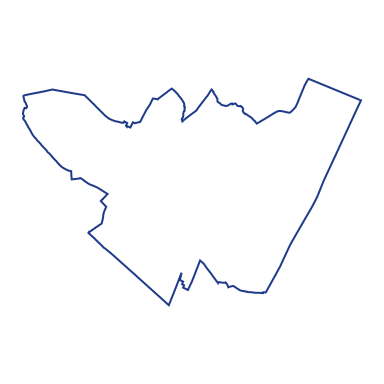 outline of San José Chiapa, Puebla, Mexico
{"feature_id": "50627088B16531024966983", "entity_name": "San José Chiapa", "entity_type": "district", "adm_level": 2, "iso_a3": "MEX", "parent_name": "Mexico", "parent_adm1": "Puebla", "projection": "robinson", "projection_center": [-97.747, 19.248], "detail": "fine", "context": "isolated", "style": "outline", "palette": "blue", "viewbox_px": 384, "rotation_deg": 0, "n_neighbors": 0, "source": "geoboundaries", "source_scale": "gbopen_adm2", "svg_char_len": 5656}
<svg xmlns="http://www.w3.org/2000/svg" viewBox="0 0 384 384"><path d="M88.4,232.9L88.8,233.3L90.0,234.4L92.7,236.8L94.8,238.7L95.4,239.5L97.8,241.7L98.2,242.2L99.6,243.4L102.1,246.0L103.9,247.8L104.0,247.8L105.4,248.7L106.2,249.4L107.4,250.4L108.7,251.5L109.8,252.3L116.3,258.0L119.7,261.1L133.2,273.1L136.2,275.8L139.7,279.0L164.2,301.0L168.8,305.2L169.0,304.8L171.3,299.0L173.3,294.0L175.6,288.2L177.8,282.5L181.2,273.6L181.4,273.7L181.0,274.6L181.1,275.1L181.1,275.6L181.0,275.8L180.5,277.2L180.2,278.0L180.3,280.3L183.1,281.6L182.6,282.9L182.0,284.2L184.1,285.3L183.6,286.5L183.1,287.6L185.6,288.8L187.9,290.0L188.3,289.0L188.6,288.4L189.2,287.3L189.7,286.2L190.1,285.2L191.0,283.5L191.6,282.2L191.9,281.6L192.6,279.7L193.1,278.5L193.7,277.0L194.1,276.0L194.8,274.2L195.4,272.6L197.2,267.9L198.0,266.0L198.7,264.0L199.0,263.2L200.1,260.5L202.5,262.6L204.0,264.0L204.6,265.0L206.0,267.0L207.2,268.7L208.3,270.0L209.4,271.4L212.0,274.9L213.8,277.5L214.0,277.7L218.1,283.2L218.7,282.1L218.8,282.1L222.4,282.7L223.3,282.7L225.1,282.8L225.6,282.4L227.3,284.6L227.5,285.1L228.3,287.3L229.5,286.8L232.8,286.0L233.7,286.2L234.3,286.5L236.6,288.2L238.0,288.9L239.2,289.9L239.8,290.2L240.8,290.5L241.6,290.8L242.1,290.9L244.6,291.3L245.0,291.2L245.3,291.3L245.6,291.5L245.9,291.5L246.5,291.8L246.8,291.8L247.2,291.8L247.6,291.9L247.7,292.0L247.9,292.1L248.0,292.1L248.5,292.1L249.4,292.2L250.4,292.2L251.3,292.2L251.9,292.3L253.3,292.5L253.8,292.7L256.1,292.8L259.5,292.8L262.1,293.1L262.7,293.1L262.6,292.8L262.8,292.3L265.8,292.4L275.8,274.4L278.4,269.6L280.2,266.4L281.6,263.2L290.1,244.9L296.6,233.5L301.4,225.2L305.6,217.9L308.3,213.3L310.0,210.4L312.5,206.0L317.1,197.1L323.8,180.5L338.4,149.1L338.8,148.2L357.7,107.3L361.0,100.4L319.0,83.1L311.2,79.9L308.7,78.9L308.4,78.8L307.5,80.3L306.5,82.0L305.0,84.6L298.7,99.8L297.3,103.4L296.7,104.5L296.0,106.2L295.1,107.6L293.8,109.0L291.7,111.1L290.4,112.3L290.0,112.6L289.7,112.7L289.3,112.7L288.8,112.7L288.1,112.5L286.5,112.2L285.3,111.9L283.6,111.5L281.3,111.1L280.0,111.0L279.3,111.0L278.6,111.1L277.7,111.3L277.1,111.5L276.5,111.8L275.5,112.4L273.8,113.3L267.9,117.0L264.4,119.1L259.2,122.2L256.8,123.6L254.8,121.0L254.6,121.1L253.4,119.8L252.5,118.8L251.7,117.9L245.6,113.8L245.4,114.1L245.1,114.0L244.9,113.6L244.3,113.3L243.7,112.8L243.5,112.4L242.9,111.2L242.7,110.9L242.7,110.6L243.2,109.6L243.2,109.0L242.9,108.3L242.5,107.7L242.1,107.2L241.9,106.9L241.3,106.8L241.2,106.7L240.8,106.1L240.5,105.9L240.2,106.0L239.8,106.2L239.3,106.2L239.0,106.1L238.7,106.0L238.0,106.0L237.5,105.8L237.0,105.4L236.7,104.9L235.9,103.9L235.1,103.4L234.4,103.6L233.5,104.1L232.4,104.4L232.2,103.9L232.1,103.5L231.8,103.5L230.2,104.0L228.9,105.0L227.7,105.6L226.1,106.0L223.4,105.4L222.8,105.2L222.3,105.1L221.6,104.9L220.9,104.3L220.4,103.7L219.5,102.9L218.5,102.5L217.8,102.0L217.4,101.0L217.4,99.9L217.4,98.9L217.2,98.4L216.7,98.0L216.6,97.3L213.2,92.2L213.5,91.8L212.7,90.8L211.6,89.5L210.6,90.8L209.8,92.1L207.6,95.7L206.8,96.6L205.9,97.7L198.4,107.5L196.4,110.5L194.0,112.3L192.7,113.2L189.6,115.5L184.4,119.6L183.2,120.6L182.4,121.4L181.7,119.2L182.1,118.5L182.5,118.0L182.7,117.6L183.0,117.1L183.2,116.5L183.3,115.6L183.3,113.1L183.4,112.8L183.6,112.5L183.7,112.1L183.7,111.8L183.8,111.3L184.4,111.1L184.6,110.9L184.7,110.5L184.7,109.9L184.6,109.3L184.5,108.3L184.7,107.7L184.9,107.4L184.9,106.9L184.7,106.7L184.4,106.6L184.2,106.4L184.1,105.9L184.2,105.2L184.3,104.6L184.3,104.1L184.0,103.3L183.9,102.9L183.7,102.7L182.1,99.9L180.2,97.4L178.9,96.0L178.2,94.9L177.3,93.7L176.1,92.5L176.1,92.4L174.4,90.8L173.8,90.2L171.8,88.7L171.7,88.6L170.7,89.3L169.6,90.1L167.9,91.4L167.1,92.1L164.5,94.0L163.2,95.0L158.1,98.8L157.9,99.3L153.2,98.5L152.9,98.5L150.6,103.2L150.1,104.3L146.1,110.4L142.4,117.5L141.3,119.7L140.2,121.9L134.8,123.2L133.0,122.3L130.3,127.5L128.9,126.9L127.4,126.2L127.0,126.9L126.0,125.6L127.2,123.0L124.3,121.4L123.6,122.8L122.9,122.7L122.6,122.7L122.4,122.6L121.9,122.8L118.0,121.7L115.6,121.3L112.7,120.3L109.5,118.9L108.3,118.1L107.0,117.1L105.4,115.9L98.8,109.3L96.7,107.3L93.7,104.1L84.6,95.2L73.8,93.4L55.4,90.1L52.6,89.5L45.3,91.1L39.1,92.4L34.6,93.2L27.2,94.7L24.6,95.3L23.7,95.6L23.5,95.9L23.5,97.1L23.9,98.5L24.5,101.0L24.5,101.3L24.8,101.7L25.2,102.2L25.5,102.6L25.7,103.0L25.9,103.7L26.8,105.6L27.0,107.0L26.8,107.5L25.9,108.3L24.7,107.9L23.9,109.4L23.2,112.0L23.0,112.9L23.1,114.1L23.4,114.9L23.9,115.8L24.1,116.6L24.0,116.9L23.2,117.4L23.1,118.4L23.9,119.7L25.0,121.1L25.5,121.9L25.7,122.3L26.0,122.9L26.2,123.3L26.5,123.8L26.8,124.4L27.8,126.1L28.0,126.6L28.7,127.8L29.2,128.6L30.2,130.3L30.6,131.0L31.1,131.8L31.3,132.4L31.6,133.0L32.1,133.7L32.6,134.7L33.1,135.4L34.7,137.5L35.4,138.2L36.3,139.1L37.1,140.3L38.0,141.3L38.3,141.5L38.8,141.9L39.8,143.1L40.7,144.0L41.6,145.3L42.3,146.0L43.1,146.9L46.2,150.0L47.9,152.5L49.3,153.4L53.6,158.4L56.5,161.4L58.3,163.6L61.1,166.4L62.7,167.6L66.2,169.6L68.8,170.7L71.0,171.1L71.2,171.3L71.2,172.6L71.3,173.9L71.4,175.6L71.6,177.9L71.7,179.4L71.8,179.4L75.3,179.0L79.3,178.5L79.5,178.4L80.0,178.0L80.3,178.0L82.7,179.5L85.4,181.6L87.9,183.3L89.5,184.3L92.5,185.5L93.0,185.7L93.3,185.7L93.8,186.0L94.7,186.4L95.9,186.9L97.4,187.6L98.3,188.1L99.3,188.7L100.5,189.5L105.1,192.4L107.5,194.0L107.2,194.2L105.8,195.9L105.0,196.7L104.2,197.5L102.6,199.3L102.3,199.5L100.8,201.0L101.7,202.0L106.2,206.8L105.7,208.1L105.4,208.6L104.0,211.9L103.4,214.4L103.3,214.6L103.1,217.2L103.1,217.5L102.5,219.9L102.5,220.0L102.4,220.5L102.0,222.4L101.7,223.5L100.6,224.3L99.9,224.7L99.2,225.1L98.8,225.5L98.1,226.0L95.7,227.5L94.8,228.3L94.4,228.5L93.0,229.4L91.2,230.7L89.8,231.8L89.1,231.7L88.4,232.9Z" fill="none" stroke="#1e3a8a" stroke-width="2"/></svg>